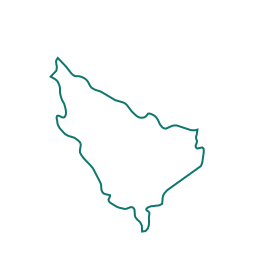 the County of Dâmbovita, rotated 328°
{"feature_id": "ROU-130", "entity_name": "Dâmbovita", "entity_type": "County", "adm_level": 1, "iso_a3": "ROU", "parent_name": "Romania", "parent_adm1": "", "projection": "albers", "projection_center": [25.479, 44.942], "detail": "fine", "context": "isolated", "style": "outline", "palette": "teal", "viewbox_px": 256, "rotation_deg": 328, "n_neighbors": 0, "source": "natural_earth", "source_scale": "10m", "svg_char_len": 2022}
<svg xmlns="http://www.w3.org/2000/svg" viewBox="0 0 256 256"><g transform="rotate(328 128 128)"><path d="M186.0,166.2L182.6,170.2L181.0,171.5L180.1,173.4L179.7,175.4L178.9,176.6L176.0,178.8L175.5,179.9L175.4,181.1L176.0,182.2L180.6,183.8L181.2,185.3L180.5,186.9L179.3,188.8L172.9,196.4L169.8,198.9L128.3,201.5L124.5,202.6L121.9,204.0L120.4,205.6L116.8,210.4L113.4,210.1L105.8,206.5L102.8,205.9L100.9,206.2L100.2,206.9L100.3,208.0L101.2,210.0L101.2,211.1L100.6,212.2L98.8,214.3L98.0,215.4L96.0,219.0L94.5,221.1L91.8,223.6L89.5,224.4L88.0,224.6L85.1,223.3L88.0,218.1L88.4,214.5L88.1,213.1L87.6,211.5L87.2,209.8L87.0,207.3L87.7,205.4L90.2,200.8L90.3,199.0L89.8,197.7L88.8,196.8L87.5,196.3L84.4,195.8L83.0,195.3L81.9,194.5L78.2,190.8L76.8,188.9L73.4,182.2L73.0,179.8L73.6,178.3L76.6,176.4L77.1,175.5L75.9,174.2L74.5,172.9L72.6,170.6L72.3,168.4L72.7,166.3L74.7,162.6L75.4,161.0L75.7,158.9L76.9,143.5L76.5,140.5L74.4,130.3L74.1,126.5L74.3,123.4L75.2,121.7L79.0,117.3L79.6,115.6L79.6,113.9L78.9,111.5L77.4,107.9L73.2,103.0L71.4,99.8L70.0,92.3L70.1,88.7L70.8,86.2L71.5,85.0L72.8,81.6L73.5,80.7L74.3,80.2L75.2,80.4L76.1,81.3L77.6,83.8L78.5,84.7L79.7,85.1L80.9,84.8L82.1,83.9L83.3,82.5L84.4,80.6L85.6,77.5L86.7,73.6L86.9,69.2L87.6,66.2L88.4,63.7L89.3,61.7L91.4,58.2L92.2,56.2L92.8,53.1L92.9,50.9L92.4,48.9L91.7,47.2L89.6,43.5L97.7,41.4L100.2,38.3L100.9,36.3L102.0,33.9L102.9,32.7L105.6,31.4L108.0,43.2L108.9,51.7L109.5,54.0L110.4,55.7L111.7,56.7L113.1,57.6L114.4,58.6L115.8,60.2L117.4,62.7L118.2,65.0L118.5,66.8L118.5,68.4L118.2,72.0L118.4,74.6L120.4,78.2L121.6,79.7L123.0,81.1L124.6,83.4L131.9,97.6L137.5,103.8L138.6,105.8L139.2,107.8L140.0,115.9L141.1,120.6L142.0,123.1L143.2,125.1L144.6,126.3L145.9,127.0L147.5,127.6L149.1,127.6L150.5,127.3L151.7,126.8L152.7,126.5L153.8,127.0L155.1,128.5L157.0,131.7L157.6,134.2L157.7,137.0L157.3,139.6L157.0,142.3L157.5,145.8L158.6,147.6L160.0,148.7L166.4,149.5L168.5,150.3L170.7,151.7L180.1,163.0L181.7,164.3L184.4,165.8L186.0,166.2Z" fill="none" stroke="#0f766e" stroke-width="2"/></g></svg>